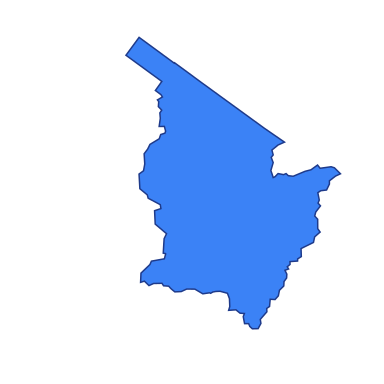 outline of Utah, Utah, United States of America, rotated 216°
{"feature_id": "52423323B70562342190922", "entity_name": "Utah", "entity_type": "district", "adm_level": 2, "iso_a3": "USA", "parent_name": "United States of America", "parent_adm1": "Utah", "projection": "mercator", "projection_center": [-111.763, 40.177], "detail": "fine", "context": "isolated", "style": "filled", "palette": "blue", "viewbox_px": 384, "rotation_deg": 216, "n_neighbors": 0, "source": "geoboundaries", "source_scale": "gbopen_adm2", "svg_char_len": 1791}
<svg xmlns="http://www.w3.org/2000/svg" viewBox="0 0 384 384"><g transform="rotate(216 192 192)"><path d="M319.0,263.8L281.4,263.7L281.3,252.6L274.3,252.5L271.8,251.5L274.1,246.2L272.1,245.6L269.4,241.3L264.6,240.4L264.5,237.1L260.9,232.9L257.1,225.7L252.9,228.8L249.1,225.7L248.5,223.7L251.1,220.1L249.8,215.8L254.0,205.8L253.1,200.7L253.2,194.8L246.7,186.9L243.7,180.7L245.4,175.4L236.1,164.0L226.5,163.4L223.8,161.2L210.2,163.1L207.4,160.3L211.3,154.9L202.9,144.4L188.1,143.3L187.1,137.8L179.3,125.6L177.2,126.6L176.9,126.4L175.1,121.7L184.2,112.2L183.4,108.6L185.6,96.4L180.5,88.7L178.1,91.9L171.8,91.0L169.3,95.4L162.6,100.5L159.9,99.4L155.5,102.1L152.1,101.4L147.2,101.1L142.2,105.1L139.3,110.3L137.4,111.7L132.6,115.1L123.4,116.0L118.5,120.8L117.4,121.0L116.3,123.4L114.2,125.6L110.9,128.2L103.8,130.9L99.0,127.7L94.1,121.5L92.8,117.8L87.2,122.5L81.9,122.2L78.2,124.5L77.3,121.3L72.1,116.4L68.8,118.8L66.2,117.2L62.8,116.8L58.2,120.3L59.0,126.2L61.9,129.1L61.0,139.1L63.1,141.7L62.0,145.0L65.7,151.2L61.6,153.8L61.1,158.7L63.5,163.9L62.5,169.9L64.9,173.6L64.9,178.0L67.0,181.3L70.8,183.3L68.6,186.5L71.0,187.5L70.1,191.0L71.8,193.3L66.0,198.2L67.2,200.0L65.6,204.0L70.5,210.3L69.3,212.7L64.1,222.6L66.4,227.8L64.8,234.9L68.7,236.2L74.3,243.8L78.6,244.7L80.1,248.5L79.9,256.3L83.5,257.1L84.3,260.3L89.8,265.4L88.6,268.7L84.3,272.7L85.5,279.2L87.4,281.8L85.2,289.3L82.6,294.0L91.0,295.3L94.3,294.2L102.3,286.5L106.3,287.6L108.8,279.9L112.7,275.2L119.4,264.2L123.7,261.8L126.7,262.2L128.1,259.9L133.2,257.5L133.8,253.2L134.8,251.4L137.6,253.5L140.8,255.7L143.6,263.5L148.3,266.6L148.1,269.7L152.0,272.9L150.0,280.6L146.5,286.7L171.0,286.1L185.9,286.1L248.8,286.1L282.1,286.3L282.1,285.8L325.7,286.0L325.8,263.8L319.0,263.8Z" fill="#3b82f6" stroke="#1e3a8a" stroke-width="1.5"/></g></svg>